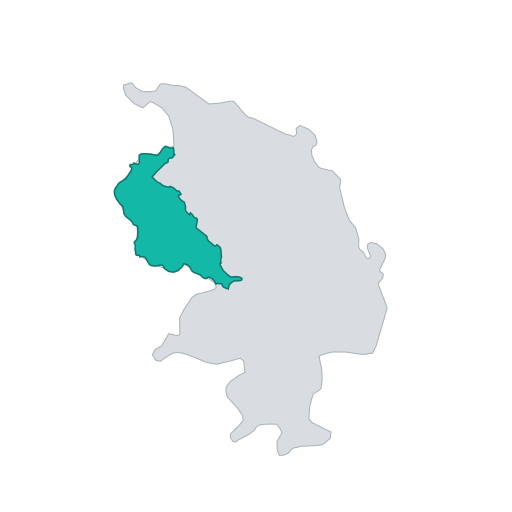 location of Valais within Switzerland, rotated 75°
{"feature_id": "CHE-165", "entity_name": "Valais", "entity_type": "Canton", "adm_level": 1, "iso_a3": "CHE", "parent_name": "Switzerland", "parent_adm1": "", "projection": "albers", "projection_center": [7.65, 46.266], "detail": "fine", "context": "in_parent", "style": "filled", "palette": "teal", "viewbox_px": 512, "rotation_deg": 75, "n_neighbors": 0, "source": "natural_earth", "source_scale": "10m", "svg_char_len": 5560}
<svg xmlns="http://www.w3.org/2000/svg" viewBox="0 0 512 512"><g transform="rotate(75 256 256)"><path d="M370.9,161.4L373.6,163.0L380.0,168.5L378.8,178.3L372.0,194.2L368.5,206.9L368.3,216.7L369.2,221.2L370.4,221.1L377.3,221.7L380.8,221.6L391.9,223.9L400.9,227.5L402.7,231.6L404.0,236.5L414.7,242.9L427.0,247.0L431.0,245.4L445.5,229.1L451.4,231.5L455.2,239.8L455.2,244.3L451.6,261.3L451.2,270.3L455.0,276.2L455.5,280.8L454.6,285.1L448.6,285.7L440.5,283.7L433.4,276.6L428.3,277.6L423.8,279.7L421.8,286.6L420.0,294.9L420.8,299.4L424.1,302.9L426.8,310.3L428.9,319.9L430.4,324.3L429.0,326.4L424.8,327.8L421.2,326.6L414.6,315.2L411.6,310.9L406.7,310.2L398.1,313.3L385.0,320.1L379.7,320.2L375.1,319.0L370.7,313.6L366.8,303.1L365.5,296.4L363.0,296.7L354.5,295.0L350.6,297.7L350.8,308.5L350.3,322.1L346.2,330.9L334.6,346.3L330.4,352.9L328.7,357.7L328.4,361.8L330.4,368.9L333.0,375.7L331.0,379.6L324.7,381.7L320.2,377.7L318.3,370.3L308.5,360.4L312.8,352.0L312.0,349.9L296.1,345.8L289.1,339.5L279.4,328.5L277.6,323.7L277.8,308.2L277.3,304.4L276.0,302.6L271.3,302.7L265.0,308.2L259.1,316.3L246.9,325.5L245.7,327.4L249.8,336.3L249.7,339.7L239.8,353.9L237.9,358.5L225.3,367.5L219.5,370.8L201.9,364.3L197.0,363.5L189.2,367.8L178.0,372.0L160.1,376.0L153.5,372.9L150.4,370.1L148.9,365.8L144.4,358.2L139.4,353.7L135.9,348.7L131.3,343.4L128.3,338.9L132.5,324.6L129.6,319.6L128.2,312.4L129.0,307.6L127.4,306.4L111.4,303.4L98.0,304.1L88.4,308.7L80.5,316.5L79.5,318.2L80.0,319.6L83.7,326.9L77.0,334.5L66.8,340.3L59.6,340.7L56.5,339.5L56.5,331.3L62.5,328.4L67.9,323.1L69.9,315.6L70.6,310.3L65.1,303.8L65.9,299.9L69.5,292.5L71.7,285.9L74.6,280.3L85.8,271.2L97.0,262.0L98.9,252.1L99.9,240.0L101.5,237.1L116.5,230.0L120.2,227.2L122.2,223.1L134.0,209.7L145.7,196.3L148.1,191.8L150.0,189.2L150.0,187.0L148.6,185.3L143.1,184.1L141.3,179.8L147.3,172.2L154.8,167.6L162.0,167.6L164.9,169.8L164.8,172.3L167.9,175.0L173.4,176.0L180.2,175.0L186.9,172.2L191.1,165.4L193.5,160.3L204.0,154.4L211.2,157.4L231.3,158.1L245.8,156.5L254.9,152.4L266.2,152.3L273.8,154.5L275.2,154.2L277.3,153.6L279.3,151.5L286.4,149.9L287.4,148.1L287.1,146.3L285.8,145.4L277.0,146.4L273.6,145.0L272.7,141.8L275.5,136.1L281.9,131.5L287.4,130.3L291.3,131.5L301.0,139.9L303.4,140.1L304.7,138.6L306.7,137.7L310.0,139.3L313.8,144.5L314.5,145.3L335.9,143.1L340.7,143.0L355.5,152.0L370.9,161.4Z" fill="#d9dde1" stroke="#a8b0b8" stroke-width="1"/><path d="M225.0,368.5L224.9,368.7L224.6,370.0L224.7,370.7L224.5,371.1L223.4,371.7L222.8,371.7L221.2,371.2L218.8,371.3L214.4,369.7L213.5,369.8L212.9,370.1L212.1,370.3L211.0,369.9L210.9,369.6L209.2,367.1L207.8,365.9L206.4,365.0L197.2,362.7L195.7,363.5L194.9,365.0L193.9,366.3L192.0,366.5L189.3,367.7L184.0,371.6L181.1,372.6L174.3,371.8L173.1,372.2L170.6,373.8L165.0,376.0L162.3,376.5L159.3,376.6L156.6,376.0L154.5,374.7L150.5,370.1L149.9,369.1L149.4,367.8L148.8,365.4L147.8,362.7L147.4,361.3L147.0,361.0L141.0,354.1L138.9,353.2L138.2,353.5L137.5,354.1L136.9,354.6L136.0,354.5L135.2,353.9L135.2,353.5L135.4,352.9L135.3,351.9L135.5,351.8L135.4,350.5L135.3,349.2L135.0,349.3L135.5,348.6L136.2,347.8L136.8,346.8L136.9,345.8L135.6,344.4L128.5,342.8L127.7,340.6L128.6,336.2L130.2,331.6L133.4,325.4L131.4,321.9L128.3,318.5L126.6,315.5L127.1,314.0L129.5,311.2L130.2,309.1L130.1,307.8L131.8,307.9L136.0,308.8L137.1,308.2L137.7,309.1L139.0,310.7L139.5,311.8L139.5,312.5L139.3,313.3L139.2,314.3L139.5,315.3L140.6,316.1L141.8,316.3L142.7,317.1L143.1,319.4L143.5,320.6L149.1,330.5L151.1,333.3L151.8,334.5L152.8,335.9L156.2,334.0L159.2,332.0L161.3,329.4L162.4,329.0L164.1,327.3L165.3,325.5L166.4,323.7L166.7,322.7L166.6,321.0L166.6,320.6L168.2,318.9L169.3,317.7L172.4,315.8L173.1,314.7L173.1,314.2L173.2,313.8L173.3,313.6L173.6,313.5L176.5,312.5L177.0,312.5L177.3,312.8L177.3,313.7L177.2,314.3L177.2,314.7L177.3,315.0L177.9,315.2L178.4,315.5L181.8,314.4L183.8,313.0L184.7,311.9L184.9,311.7L185.1,311.6L186.4,311.3L190.3,311.3L192.4,312.0L192.6,312.1L193.2,312.2L193.7,312.2L194.5,312.0L197.7,310.7L199.0,309.5L197.8,308.8L197.3,308.1L199.3,306.9L202.4,305.9L202.6,305.6L203.6,304.9L203.8,304.6L203.9,304.1L204.0,303.7L204.3,303.5L204.8,303.3L206.6,303.5L212.5,306.4L213.6,306.3L224.4,298.3L225.5,298.6L226.8,298.6L227.6,298.5L229.5,297.8L232.8,295.4L235.2,293.8L235.5,293.5L235.8,292.8L235.8,292.4L235.7,292.0L235.5,291.5L235.2,291.2L235.1,290.9L235.1,290.7L235.3,290.5L235.6,290.2L238.5,288.4L240.8,288.3L248.4,289.7L249.1,290.4L251.3,291.3L253.7,291.5L253.8,291.6L253.8,291.8L253.8,292.2L253.9,292.6L254.2,292.8L254.7,292.9L255.2,292.9L259.8,291.9L261.9,291.2L266.0,288.8L267.0,288.0L268.4,287.1L269.3,286.1L269.7,285.5L270.1,284.7L270.5,281.9L271.0,279.9L271.4,278.8L271.9,277.7L273.6,275.6L274.5,275.4L275.3,275.8L275.5,276.1L275.6,276.7L275.6,277.8L275.4,279.4L275.1,280.8L274.5,282.9L274.5,283.5L274.6,284.3L274.8,285.1L275.8,287.4L277.2,289.5L280.7,291.4L278.1,295.0L276.7,296.0L274.6,296.2L273.8,296.5L273.5,296.8L273.5,297.1L273.6,297.4L273.6,297.6L273.6,297.9L273.1,298.8L272.8,299.7L272.6,300.5L272.7,301.5L272.7,302.0L268.9,302.9L266.5,304.3L264.6,306.3L263.9,308.0L264.2,308.5L264.8,308.9L264.9,310.3L264.3,311.4L263.5,312.5L262.4,313.3L259.9,314.6L255.6,320.5L253.7,321.8L249.9,322.7L247.9,323.6L246.2,325.4L245.3,326.6L244.9,327.7L245.2,328.2L247.3,330.0L250.0,335.2L250.3,339.9L248.4,344.1L244.5,347.6L243.5,347.9L241.6,348.1L240.7,348.8L240.1,350.1L239.9,351.6L239.9,353.1L239.5,356.8L239.3,357.0L238.4,358.9L238.4,359.2L237.2,360.7L236.6,361.2L235.7,361.5L229.4,363.0L228.1,364.0L227.1,365.9L226.9,368.4L225.0,368.5Z" fill="#14b8a6" stroke="#0f766e" stroke-width="1.5"/></g></svg>